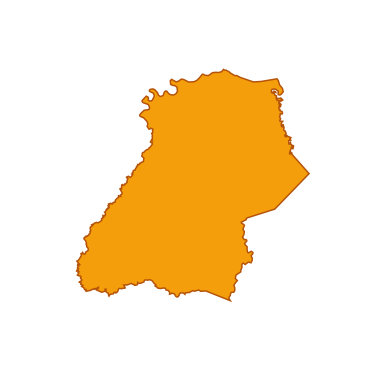 the district of Parita, Herrera, Panama, rotated 304°
{"feature_id": "35544464B83627234663474", "entity_name": "Parita", "entity_type": "district", "adm_level": 2, "iso_a3": "PAN", "parent_name": "Panama", "parent_adm1": "Herrera", "projection": "mercator", "projection_center": [-80.596, 8.035], "detail": "fine", "context": "isolated", "style": "filled", "palette": "amber", "viewbox_px": 384, "rotation_deg": 304, "n_neighbors": 0, "source": "geoboundaries", "source_scale": "gbopen_adm2", "svg_char_len": 6033}
<svg xmlns="http://www.w3.org/2000/svg" viewBox="0 0 384 384"><g transform="rotate(304 192 192)"><path d="M221.4,118.0L220.0,121.2L220.4,121.7L221.8,122.1L222.2,124.5L220.8,124.9L219.8,126.1L218.8,126.2L218.1,125.7L217.0,127.4L215.8,127.9L214.6,129.1L213.5,129.2L212.8,130.1L212.5,129.4L210.2,129.5L210.1,130.5L210.9,131.4L210.1,131.5L209.6,132.4L205.5,132.2L204.6,131.7L203.6,132.0L200.6,130.3L198.1,129.9L196.9,129.0L193.6,130.4L193.2,133.1L190.0,134.7L188.1,133.3L187.1,133.4L186.7,132.7L185.3,132.8L184.4,131.6L183.9,132.1L183.0,132.1L182.3,131.7L181.6,132.2L179.8,132.1L178.7,132.6L177.9,131.8L176.7,131.4L175.4,132.1L174.8,131.8L174.1,132.4L173.2,132.0L173.2,133.2L170.6,133.1L169.7,132.5L169.5,130.5L167.8,129.4L167.3,129.7L167.5,131.2L164.5,132.0L164.0,132.8L161.2,132.3L161.0,131.8L159.3,131.8L158.8,130.7L159.3,130.3L158.6,129.8L156.2,131.0L155.4,131.9L154.9,131.8L154.6,130.6L154.2,130.5L152.5,134.2L151.2,135.0L149.7,134.5L148.5,135.5L148.1,134.9L148.2,133.4L147.8,133.1L146.3,134.2L145.3,133.5L142.3,133.0L141.4,133.7L140.1,133.8L140.1,133.2L139.2,132.5L137.7,132.7L137.8,132.0L136.8,131.5L136.9,130.6L136.1,130.6L135.9,129.8L135.3,129.5L135.0,129.8L135.3,130.2L133.7,130.1L134.0,131.0L132.4,131.2L132.8,131.9L132.0,131.9L130.3,130.9L130.0,131.4L129.4,130.8L127.2,131.3L126.5,130.8L126.0,132.2L123.8,133.2L123.4,132.2L122.6,132.3L122.6,131.4L121.5,132.1L121.8,132.7L121.4,132.9L119.3,131.9L118.1,133.0L115.7,132.3L113.8,131.2L113.4,129.8L112.2,129.1L111.8,128.5L110.0,128.5L109.9,127.8L108.7,127.1L108.3,128.3L106.3,127.4L105.2,127.6L103.2,129.8L102.3,129.4L101.0,130.6L99.7,130.2L98.3,130.5L97.6,129.9L96.8,130.0L96.2,128.8L95.0,129.2L94.4,128.2L93.2,128.3L92.7,128.7L92.0,131.2L90.6,133.1L89.5,133.3L89.2,134.3L87.7,135.3L87.5,136.9L86.5,138.1L85.2,138.5L82.7,137.5L80.6,138.0L80.0,136.7L80.8,135.1L79.5,135.0L78.8,134.4L78.4,134.7L78.2,135.6L76.9,135.9L71.8,136.0L70.3,135.2L69.0,139.6L68.4,139.1L68.4,137.7L67.4,137.9L67.0,139.5L65.9,139.2L65.0,139.4L64.9,140.8L63.4,140.3L61.9,140.6L62.1,141.1L63.3,141.5L62.6,143.0L61.5,142.6L60.9,143.6L59.0,143.4L59.3,145.5L59.8,146.0L59.9,146.9L59.4,147.5L58.3,147.6L57.4,149.9L55.6,149.6L54.7,148.9L54.1,149.1L54.8,150.8L53.3,151.4L53.6,153.7L52.0,153.3L52.1,156.0L51.1,157.4L51.9,158.7L50.6,159.0L50.6,159.9L54.1,163.2L55.2,163.4L56.3,164.7L57.1,164.9L57.7,165.5L57.2,166.1L60.7,167.7L60.0,168.2L58.0,167.4L57.4,167.7L58.4,173.2L61.0,175.3L62.9,174.3L63.4,175.1L61.5,176.1L61.1,177.1L61.1,179.5L59.8,180.5L59.3,181.4L61.3,181.4L63.7,183.8L65.0,183.5L66.0,184.5L65.7,185.4L67.7,186.1L70.4,185.4L71.4,185.6L72.6,187.9L73.9,188.8L74.7,190.2L75.5,189.8L76.7,187.4L77.3,188.5L78.0,188.9L78.4,190.0L82.2,192.7L82.4,194.9L82.9,195.8L82.5,196.5L83.2,197.5L84.8,198.6L86.6,197.6L86.5,198.3L87.0,199.7L88.1,200.8L90.5,202.4L92.4,201.9L93.7,203.5L94.1,204.7L95.2,205.3L96.1,207.6L96.1,209.0L95.0,211.7L95.0,213.7L94.4,214.2L93.7,213.8L93.3,214.3L93.6,215.6L93.2,217.4L94.4,219.9L96.5,222.1L97.3,223.8L96.2,225.3L97.1,227.3L96.6,228.9L96.0,229.9L94.7,230.5L95.8,231.5L96.7,231.6L97.7,234.3L96.5,236.7L96.6,238.4L97.4,239.0L99.0,239.1L100.6,238.5L102.2,239.2L103.5,241.4L103.2,243.4L104.8,243.0L107.2,246.0L110.7,247.8L111.0,249.4L114.5,252.4L114.6,254.8L117.7,258.8L123.3,284.5L124.2,282.4L125.6,281.5L127.5,281.6L130.0,280.6L131.3,281.1L132.1,282.6L134.2,282.6L136.6,281.0L137.9,279.0L140.1,278.7L143.9,279.1L144.6,276.2L147.7,274.9L153.1,277.1L154.3,276.2L157.4,275.6L159.3,274.1L160.9,273.8L161.8,274.7L161.6,276.6L165.4,277.9L166.3,280.5L169.0,280.1L170.9,278.9L172.1,276.7L175.0,276.9L175.9,276.3L176.0,274.3L173.3,273.0L173.1,271.8L175.4,269.6L177.4,268.4L177.9,265.8L178.7,264.6L179.5,264.4L181.6,264.9L182.6,264.4L182.8,263.4L181.7,262.1L182.8,259.2L185.3,258.9L187.6,258.0L188.6,257.3L189.6,255.0L193.6,254.2L194.0,253.2L193.9,250.5L194.5,249.7L199.4,252.4L200.9,251.8L224.1,270.2L272.7,278.8L279.2,253.5L279.8,253.2L278.2,251.9L278.3,251.4L279.4,250.9L279.5,251.9L280.2,252.3L280.4,250.6L284.8,249.5L285.5,250.1L285.0,250.6L284.1,250.5L284.3,251.5L286.8,250.6L287.0,250.0L285.8,249.2L286.8,248.7L286.7,247.3L288.1,246.0L286.3,246.1L286.0,245.4L288.6,243.4L290.3,244.8L290.6,243.4L292.4,243.6L291.7,240.1L292.0,238.3L291.1,238.0L290.6,239.1L290.1,238.4L290.9,237.2L292.4,237.4L293.4,237.0L294.6,235.3L294.6,233.3L296.8,232.3L298.8,229.9L298.2,229.4L296.6,230.6L296.4,229.9L297.1,228.7L299.3,227.5L301.3,227.7L300.0,225.4L300.2,224.8L302.3,224.5L303.1,222.6L304.1,222.6L305.9,221.4L306.4,221.6L306.9,223.0L307.9,223.0L309.1,221.7L308.5,219.4L309.5,218.9L309.2,218.2L310.2,217.0L311.5,217.1L312.0,216.1L312.9,215.8L313.4,216.0L312.8,217.4L314.4,216.8L314.6,216.1L313.8,214.6L314.5,214.1L315.6,214.4L316.0,212.6L317.0,214.6L318.5,214.1L317.5,215.1L319.0,215.8L319.6,213.5L319.4,212.8L318.2,212.0L317.6,210.6L315.8,210.9L316.9,209.2L319.0,208.3L318.6,206.7L319.5,205.4L319.5,204.5L321.0,204.8L321.4,205.8L321.7,205.3L321.5,203.6L319.0,203.0L319.4,201.8L321.0,200.9L321.8,200.9L322.8,201.8L324.0,203.8L323.7,207.3L321.3,208.6L321.1,209.8L321.6,210.7L323.0,211.3L326.1,211.6L328.5,209.0L329.7,204.9L332.7,201.1L333.4,199.2L322.3,187.5L317.6,181.4L314.0,168.1L313.5,163.8L312.4,162.4L312.1,156.8L312.4,155.8L312.0,152.0L311.2,150.8L311.3,149.6L308.3,149.3L305.7,147.0L304.7,145.0L302.4,142.3L297.7,140.5L296.0,137.3L295.9,135.5L295.4,134.7L290.6,134.3L287.4,133.6L284.6,132.1L281.3,127.7L280.6,122.1L279.6,120.0L276.7,119.0L274.4,117.3L274.0,112.1L272.0,111.8L269.2,114.2L269.6,116.3L270.6,118.5L270.5,120.9L267.3,123.7L264.3,123.7L262.1,122.5L260.7,119.9L260.5,117.7L261.5,114.6L261.2,113.8L259.4,113.2L255.8,114.1L253.5,112.5L253.4,110.2L255.0,108.0L256.0,104.0L255.6,102.0L253.9,100.1L252.8,99.7L251.9,100.2L251.7,101.2L252.3,104.3L251.4,106.2L250.1,107.2L246.3,107.7L244.8,107.4L243.7,105.9L243.8,104.3L245.7,103.2L246.1,102.4L245.9,100.5L240.0,99.5L239.1,100.1L238.7,101.4L240.1,106.9L238.5,109.4L236.9,110.2L235.8,109.7L233.1,106.7L228.3,105.6L226.4,105.7L225.7,106.7L226.5,110.4L225.3,115.3L223.7,117.4L221.4,118.0Z" fill="#f59e0b" stroke="#b45309" stroke-width="1.5"/></g></svg>